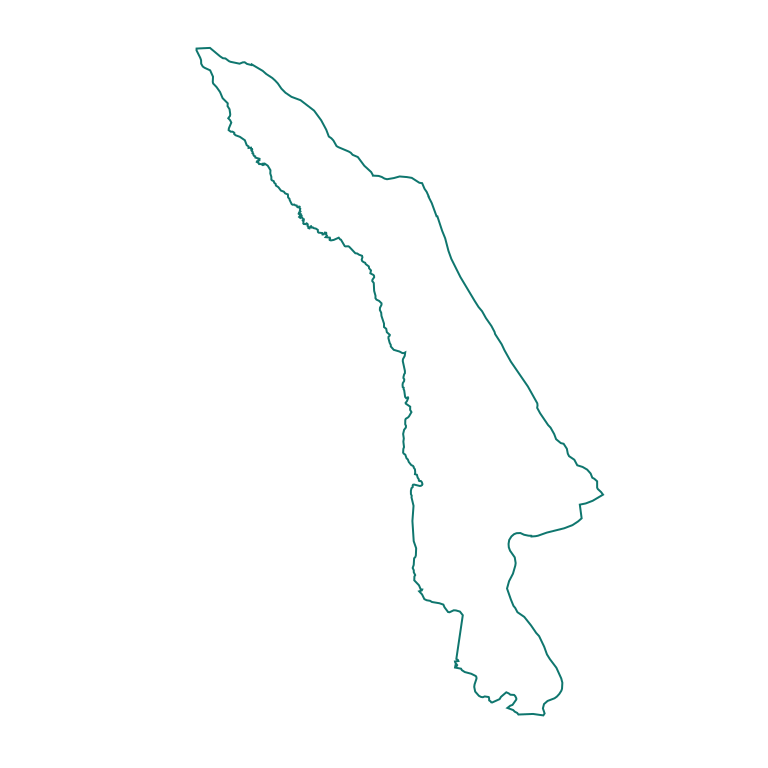 San Zenón, Magdalena, Colombia (Albers equal-area conic projection), rotated 278°
{"feature_id": "7082276B67233849099961", "entity_name": "San Zenón", "entity_type": "district", "adm_level": 2, "iso_a3": "COL", "parent_name": "Colombia", "parent_adm1": "Magdalena", "projection": "albers", "projection_center": [-74.331, 9.355], "detail": "fine", "context": "isolated", "style": "outline", "palette": "teal", "viewbox_px": 768, "rotation_deg": 278, "n_neighbors": 0, "source": "geoboundaries", "source_scale": "gbopen_adm2", "svg_char_len": 6117}
<svg xmlns="http://www.w3.org/2000/svg" viewBox="0 0 768 768"><g transform="rotate(278 384 384)"><path d="M278.5,598.4L291.8,594.7L293.8,600.4L297.4,606.9L304.9,616.3L307.2,614.0L309.8,610.3L311.0,609.5L317.3,608.6L319.4,605.5L320.2,603.3L324.1,601.1L327.5,597.1L329.5,592.2L330.4,586.7L335.5,583.0L338.3,577.3L340.6,575.7L345.3,574.1L349.8,570.2L350.1,567.3L353.3,562.1L358.1,559.5L364.0,555.0L366.2,552.2L376.7,542.7L381.7,539.0L384.2,539.0L386.2,538.5L401.6,526.8L423.8,506.5L434.2,498.6L439.7,495.0L448.9,487.1L451.0,486.2L456.4,482.3L463.4,475.8L469.7,471.0L473.4,466.9L478.8,462.3L500.5,444.8L517.2,433.3L524.8,429.3L536.8,424.3L543.9,420.2L557.5,413.5L557.4,412.7L569.8,406.1L575.7,402.0L575.9,402.2L580.2,399.5L582.9,397.0L588.2,393.8L588.2,391.0L592.0,382.8L592.1,377.9L591.7,370.6L589.3,365.1L587.2,358.5L587.5,355.9L588.7,353.0L589.3,349.8L588.8,344.0L589.3,343.9L592.1,341.8L597.4,334.1L605.1,326.5L606.6,321.0L608.4,318.9L609.3,316.7L612.2,305.8L613.0,303.9L618.1,300.0L620.0,297.7L621.4,294.9L627.8,291.4L636.4,285.1L645.0,276.7L653.4,261.9L655.5,252.4L658.7,245.9L662.2,241.3L666.9,237.0L669.4,233.9L671.5,230.8L674.5,224.4L677.2,220.3L681.8,209.3L682.1,208.5L681.4,208.4L681.9,203.8L683.2,201.3L682.9,199.5L681.1,196.4L681.7,187.2L682.1,185.6L684.3,181.7L684.2,179.1L685.7,176.0L692.6,164.9L690.1,151.7L688.3,151.9L681.5,156.6L679.2,157.8L675.7,158.4L673.2,160.3L672.2,162.2L670.4,168.2L664.5,171.9L659.3,172.4L657.8,173.0L654.7,176.9L650.3,181.0L644.6,184.4L640.2,190.2L637.4,190.4L634.6,192.8L629.7,194.2L628.1,194.2L625.5,192.8L623.8,194.9L621.6,196.4L615.6,194.8L613.8,194.8L612.5,197.2L612.8,198.7L612.4,200.0L611.7,200.9L610.8,200.8L609.7,202.3L608.7,206.9L606.0,212.3L601.4,214.8L600.4,216.8L598.9,217.0L599.5,219.4L598.4,219.6L598.4,220.6L597.6,220.9L596.7,220.3L595.3,221.8L594.2,221.6L593.7,222.6L592.7,222.8L591.7,223.7L591.5,224.8L590.3,225.1L589.7,229.4L588.3,229.5L588.1,228.5L587.1,228.5L587.0,227.4L586.2,227.1L585.3,229.2L584.4,229.7L584.7,231.5L583.9,233.6L584.5,234.6L585.4,233.8L585.7,235.1L584.0,238.5L579.9,241.8L576.6,242.1L573.5,243.6L570.8,244.0L570.2,244.5L569.5,246.6L568.0,247.3L567.0,248.9L565.5,249.3L564.2,252.0L561.2,255.0L560.5,258.1L559.0,259.6L558.4,262.4L555.4,263.1L554.1,264.7L553.2,264.9L549.2,267.6L548.8,268.7L549.2,270.3L548.5,271.4L548.6,272.7L547.2,273.5L547.0,274.1L547.3,275.1L547.9,275.3L547.8,275.8L546.6,275.8L545.9,276.7L544.3,276.5L543.2,277.3L542.4,276.8L542.2,276.1L540.7,275.8L540.2,276.6L540.9,277.0L540.6,278.0L539.8,277.7L539.4,278.8L538.8,278.5L538.7,277.4L537.6,276.7L536.8,278.0L538.0,279.1L537.5,279.9L536.3,280.4L536.0,281.7L535.2,281.8L534.4,280.9L533.7,281.7L531.8,281.7L531.3,282.2L531.4,284.2L532.3,284.9L532.0,285.8L531.4,286.3L530.0,286.2L529.5,287.0L527.9,287.4L527.7,288.6L529.8,289.3L530.1,289.8L528.9,290.6L529.2,291.7L528.6,292.4L528.4,294.9L527.4,297.0L525.4,297.4L524.8,298.1L524.9,301.7L523.5,302.3L523.8,303.5L525.7,304.3L525.7,305.7L525.3,305.9L524.3,305.6L523.0,306.8L521.3,305.8L521.4,310.0L520.3,310.4L519.5,310.0L519.0,310.2L518.8,311.5L519.7,314.2L522.6,318.8L521.1,320.4L520.9,321.3L515.1,325.9L514.9,326.7L515.4,329.4L515.1,330.4L509.5,337.4L509.5,339.4L508.6,341.2L507.9,344.4L506.5,345.0L504.0,344.6L502.8,345.2L501.9,346.7L501.4,348.5L500.2,349.2L498.3,352.6L496.4,353.2L494.7,355.3L491.7,355.1L490.5,358.4L489.7,359.1L488.3,359.4L485.8,358.1L484.4,358.0L482.6,359.8L474.8,361.3L470.2,363.3L467.8,363.6L466.5,364.8L465.6,367.6L463.6,370.3L462.1,370.5L458.9,369.4L456.7,369.6L454.2,371.3L451.1,372.0L443.8,375.6L440.4,376.1L439.0,378.5L435.7,379.6L433.5,382.9L432.7,382.9L431.4,381.9L430.0,382.0L425.5,383.9L423.6,385.3L422.1,385.5L419.2,388.9L418.3,394.9L417.2,397.8L417.4,399.5L418.2,400.6L414.7,400.6L411.2,399.3L409.3,399.4L399.8,402.9L397.6,403.2L396.4,402.6L393.7,402.3L392.6,402.4L391.5,403.4L389.7,403.5L387.5,402.5L385.7,402.5L383.5,403.0L383.1,404.0L381.7,404.1L380.5,404.9L374.2,406.7L373.1,407.9L374.1,409.5L373.5,409.9L370.2,409.1L368.3,408.0L367.6,408.3L365.2,413.1L362.0,413.5L360.0,415.1L355.5,413.3L354.3,412.5L352.6,410.4L351.3,410.1L347.1,410.6L345.6,411.6L343.9,411.7L341.5,410.3L337.2,409.9L332.8,411.2L329.6,411.2L324.3,412.6L322.4,412.2L318.7,412.5L317.8,413.2L317.0,414.9L313.5,416.7L312.6,418.1L310.2,419.4L307.5,422.3L307.0,424.0L306.3,424.8L305.3,425.1L303.8,426.5L301.0,427.2L299.0,427.2L298.7,429.2L295.9,430.4L294.5,431.7L293.1,432.0L292.8,432.8L293.1,433.9L292.0,435.2L290.2,436.0L289.3,435.8L288.3,434.7L288.0,433.6L288.6,427.8L288.3,426.8L287.5,426.5L286.0,426.8L284.6,425.7L281.9,425.5L278.7,426.0L277.2,427.0L275.6,427.0L267.5,430.2L252.3,431.2L232.5,435.3L225.8,438.7L218.7,439.4L217.0,439.1L215.6,438.1L209.0,438.6L205.8,438.0L203.7,439.4L201.7,439.7L199.1,441.5L197.6,440.9L193.8,441.3L189.5,446.7L185.8,448.9L185.8,450.4L184.8,450.1L183.6,447.7L180.9,451.0L176.6,453.9L175.8,456.4L175.7,459.8L174.8,461.8L174.6,469.4L173.8,473.5L171.3,475.0L167.1,479.2L167.1,480.7L169.6,484.5L169.8,486.7L169.2,490.9L166.0,494.2L121.8,493.9L121.0,495.6L120.0,496.2L119.1,492.9L117.9,493.4L115.8,495.6L114.6,495.1L115.1,493.9L113.1,493.8L112.8,499.9L111.5,500.9L110.0,504.1L109.2,510.7L107.6,515.5L106.6,516.3L105.1,516.6L99.1,515.5L96.6,515.5L92.1,517.1L88.4,521.4L87.6,523.7L87.6,525.5L88.6,527.2L88.6,531.2L87.5,531.8L85.3,532.2L84.5,533.8L83.7,534.5L83.7,535.5L88.0,542.3L90.5,543.4L95.7,548.0L95.0,550.5L93.9,552.4L94.2,556.1L93.2,557.4L91.1,558.8L89.9,558.9L84.1,555.9L83.0,553.8L80.4,551.3L79.1,557.3L77.7,559.1L76.8,561.7L75.4,563.1L78.0,577.5L78.0,587.9L80.1,588.9L84.9,586.5L89.3,587.0L92.9,590.1L96.5,596.6L98.5,598.7L101.4,600.7L104.9,602.3L107.0,602.7L113.0,602.2L117.1,600.5L127.0,594.2L134.7,586.5L138.9,583.0L146.1,579.2L155.9,572.7L158.7,569.3L165.4,563.2L172.9,555.3L176.6,547.9L180.5,545.1L182.3,543.1L188.3,539.6L198.6,534.3L206.2,535.3L214.1,538.1L222.5,539.3L225.0,539.3L230.5,537.6L236.5,532.0L239.7,530.3L243.0,529.6L247.0,529.7L250.8,531.4L253.4,533.7L254.7,536.0L255.4,539.8L254.2,543.7L253.9,548.2L254.2,551.0L253.5,551.2L254.4,555.3L255.2,557.6L259.5,565.9L266.2,582.5L270.5,590.3L274.9,595.3L278.5,598.4Z" fill="none" stroke="#0f766e" stroke-width="2"/></g></svg>